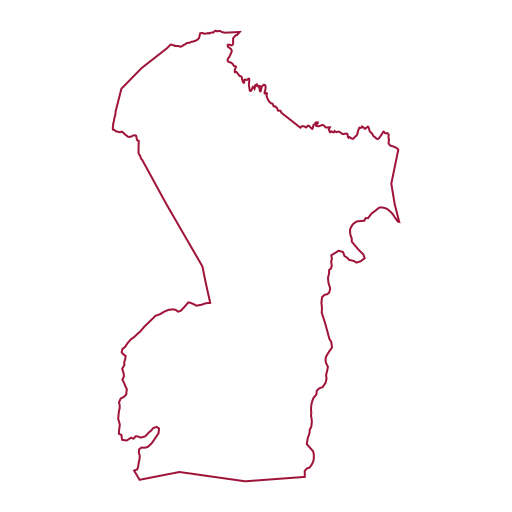 outline of San Miguel Quetzaltepec, Oaxaca, Mexico
{"feature_id": "50627088B89503535126650", "entity_name": "San Miguel Quetzaltepec", "entity_type": "district", "adm_level": 2, "iso_a3": "MEX", "parent_name": "Mexico", "parent_adm1": "Oaxaca", "projection": "equal_earth", "projection_center": [-95.769, 16.979], "detail": "fine", "context": "isolated", "style": "outline", "palette": "rose", "viewbox_px": 512, "rotation_deg": 0, "n_neighbors": 0, "source": "geoboundaries", "source_scale": "gbopen_adm2", "svg_char_len": 5967}
<svg xmlns="http://www.w3.org/2000/svg" viewBox="0 0 512 512"><path d="M142.2,159.9L166.4,204.2L202.4,266.4L205.6,282.2L210.2,302.9L207.2,303.1L204.8,303.5L201.7,304.7L196.3,305.7L194.2,304.4L190.5,302.8L188.3,302.4L184.2,307.2L180.7,310.8L178.1,311.7L175.9,310.0L173.1,309.3L168.4,309.9L164.2,311.7L160.0,314.2L155.5,315.8L144.3,326.7L140.4,331.3L137.9,333.5L134.1,337.1L130.9,339.3L127.5,343.2L125.1,346.9L122.5,348.9L121.6,352.2L123.1,354.2L125.6,355.9L125.2,359.4L124.2,362.1L124.4,364.8L122.2,368.8L123.7,373.5L123.9,376.5L122.4,379.6L124.2,383.2L125.2,385.8L126.8,389.2L126.2,394.5L124.0,396.8L120.7,398.5L119.0,402.3L119.6,404.7L119.7,408.0L118.9,411.3L118.2,418.8L119.8,424.4L119.0,431.3L118.9,433.8L121.4,434.9L122.1,439.8L126.7,440.5L131.1,437.7L133.5,438.7L135.8,436.2L138.6,436.7L140.7,437.6L145.1,436.4L147.3,434.2L149.0,432.3L151.1,430.6L153.2,428.1L156.7,426.9L159.0,428.5L158.6,433.1L152.9,441.6L151.1,443.9L148.1,446.7L145.4,447.7L141.3,447.6L139.1,449.4L138.8,452.7L139.8,455.9L139.5,459.2L138.7,462.7L138.1,466.9L137.1,469.5L134.1,470.6L139.6,479.8L179.3,472.0L245.2,481.3L304.8,476.9L304.7,471.0L306.8,468.5L309.5,467.6L311.5,465.0L313.1,461.9L313.8,458.7L313.8,454.3L313.2,451.4L306.8,444.1L307.5,439.3L308.2,436.8L309.6,432.7L309.7,429.8L311.3,426.8L311.8,422.0L311.6,418.6L311.0,415.8L311.3,413.2L311.0,408.5L311.4,404.5L312.3,401.0L313.6,397.7L316.3,394.7L316.8,390.7L319.1,388.4L322.6,387.1L325.4,383.1L326.5,379.1L326.1,374.6L327.0,371.6L327.9,366.8L326.0,362.9L325.5,359.9L325.9,356.9L327.8,353.6L330.1,350.1L332.0,347.6L331.3,342.1L329.4,338.9L325.3,323.8L321.7,312.6L321.9,309.7L321.9,306.6L321.4,303.0L322.0,297.2L324.6,294.8L327.3,294.2L329.3,292.4L330.2,288.3L329.1,285.0L328.4,282.3L328.0,277.8L329.1,273.4L329.1,270.0L330.9,268.6L331.8,265.8L331.1,261.7L331.9,258.9L331.3,255.3L338.7,250.7L343.1,252.1L344.4,255.9L347.5,258.0L349.1,259.9L353.9,261.0L356.4,262.6L360.6,261.3L364.7,258.2L363.3,254.3L360.8,252.0L358.2,249.3L351.8,241.7L351.7,238.4L350.3,234.6L350.0,229.6L351.2,227.0L352.7,224.4L355.1,222.5L357.0,221.4L364.3,220.7L365.6,218.1L368.0,218.2L370.1,215.4L371.8,213.3L375.5,210.6L379.2,207.6L381.4,207.4L384.0,207.8L387.1,208.9L390.6,211.8L393.0,214.5L395.0,217.6L397.8,221.5L399.2,221.9L394.7,204.2L391.3,183.7L398.3,149.7L397.3,148.6L395.6,147.4L394.9,147.1L394.3,147.1L393.3,146.4L390.7,145.7L389.9,145.3L388.7,143.6L388.6,142.5L389.0,139.5L388.5,137.6L388.5,136.1L388.7,134.5L387.5,133.1L386.1,133.4L385.4,133.3L384.9,133.0L384.2,132.0L383.6,131.6L382.8,132.4L382.2,133.7L379.0,138.2L378.2,138.8L377.6,139.1L376.4,138.6L374.8,137.0L374.0,136.6L373.3,135.9L372.7,134.7L371.7,133.2L369.8,131.5L368.5,127.1L367.9,126.6L367.0,127.3L366.0,127.9L365.3,128.8L364.8,128.8L362.9,126.9L362.0,126.5L361.6,127.6L360.5,127.9L359.7,127.6L359.2,127.9L358.7,129.3L358.3,130.2L357.8,131.9L357.6,133.2L356.7,135.5L355.8,136.1L353.9,137.9L353.2,138.8L352.3,138.8L350.4,137.8L349.4,137.0L349.0,137.2L348.5,137.7L347.9,136.9L347.5,134.2L347.0,133.6L344.7,133.8L342.9,134.1L342.2,133.8L340.6,132.6L338.9,131.7L337.9,131.6L336.6,132.2L335.1,131.5L334.5,131.0L333.8,132.3L333.0,132.2L332.3,132.0L331.4,131.3L331.0,131.6L330.5,132.2L330.1,132.3L328.8,129.7L329.9,127.3L328.2,127.3L327.5,127.6L326.0,127.3L325.6,127.4L324.0,125.6L322.6,124.9L318.5,126.3L316.3,126.0L316.1,125.7L316.1,125.1L316.6,124.3L317.8,123.3L317.8,122.4L316.2,122.3L315.6,122.5L315.1,123.7L314.6,124.3L313.6,124.9L313.4,125.2L312.8,127.9L312.3,128.9L311.8,128.7L310.6,127.4L310.0,127.0L309.3,126.0L308.4,125.6L307.9,125.7L307.3,126.1L306.5,127.3L306.0,127.5L305.5,127.4L304.6,126.5L302.3,126.1L301.4,126.6L300.4,127.7L281.3,112.7L280.9,111.4L280.3,110.7L279.7,110.6L278.7,110.8L278.3,110.7L277.6,110.0L277.5,108.9L276.9,108.0L275.8,107.0L275.5,106.4L274.5,106.6L273.5,106.1L273.4,105.4L272.4,103.6L271.2,103.3L270.0,102.5L268.5,100.5L267.8,99.3L266.7,96.3L266.5,95.6L267.0,93.6L266.7,93.1L266.0,93.1L264.9,93.6L264.6,93.4L264.5,92.9L264.7,91.7L265.2,90.4L265.5,88.8L265.6,86.5L265.1,85.2L263.9,84.7L261.9,86.4L261.5,87.8L261.3,88.8L260.5,91.3L260.1,91.3L259.8,90.5L259.4,88.2L259.3,87.5L259.9,86.2L259.7,85.9L258.9,86.0L258.3,85.8L257.8,86.3L257.3,86.3L257.0,85.8L256.8,84.4L255.2,85.3L254.9,86.0L255.0,87.1L254.5,88.8L253.5,87.1L252.9,86.8L251.4,90.3L250.7,91.0L250.0,90.9L249.7,90.4L249.6,89.5L248.9,85.2L248.9,84.1L249.1,82.7L249.3,80.5L249.2,78.8L248.7,78.6L248.1,78.9L246.9,79.9L246.3,80.1L244.8,79.5L244.3,79.9L244.0,80.3L243.9,81.1L244.3,82.1L244.1,82.7L243.7,82.8L243.2,82.3L242.9,81.8L242.5,80.3L242.0,79.1L241.8,77.2L241.3,76.5L240.7,76.2L239.8,76.1L239.0,75.3L238.1,74.0L236.4,71.9L235.0,72.2L234.7,71.3L234.8,70.4L235.5,68.0L236.0,66.8L235.5,66.3L233.9,65.9L232.8,64.1L231.7,63.1L230.5,62.4L229.3,62.2L228.1,61.5L227.6,60.4L227.7,59.3L228.4,58.0L229.1,57.3L230.4,54.6L231.7,51.7L231.7,50.6L231.4,49.7L230.8,48.9L229.8,48.2L229.1,47.5L228.2,47.0L227.7,46.0L227.6,45.4L227.8,44.8L228.8,44.6L229.4,44.6L231.5,45.4L232.6,44.8L233.1,43.6L233.1,38.5L233.4,37.9L235.6,35.4L237.2,35.0L238.0,33.6L238.6,33.3L239.7,32.0L225.0,32.7L222.7,32.3L219.9,31.0L218.7,31.0L217.3,31.4L215.7,30.7L214.7,31.1L213.2,32.6L212.0,32.5L209.7,33.0L209.4,33.5L208.0,33.0L206.6,33.6L204.1,33.7L202.6,32.9L201.9,33.1L200.3,33.2L199.9,34.2L199.1,38.0L197.4,39.7L196.4,40.2L195.4,41.0L194.5,40.9L193.5,41.5L191.4,41.8L189.7,42.7L186.9,43.0L185.9,43.9L183.5,45.1L181.7,46.4L180.0,46.7L179.0,46.1L174.9,46.0L174.4,45.4L173.1,45.3L171.4,44.6L170.5,44.7L166.9,48.3L141.7,68.0L121.4,88.7L116.1,109.5L116.0,110.0L115.6,111.4L115.4,114.1L115.1,115.7L114.4,117.9L113.9,121.1L113.2,123.6L113.0,126.9L112.8,127.5L112.8,129.1L113.2,129.8L113.9,129.7L115.8,131.2L116.9,131.6L118.3,131.8L119.4,132.2L120.6,132.1L121.7,131.6L123.2,132.6L124.5,134.0L128.2,136.9L130.0,136.9L131.2,136.6L133.0,135.6L134.2,135.3L135.2,135.3L136.0,135.7L136.4,136.9L136.9,139.6L137.3,140.3L138.7,140.8L138.5,153.0L138.9,153.9L140.6,156.9L140.7,157.8L141.0,158.6L142.2,159.9Z" fill="none" stroke="#9f1239" stroke-width="2"/></svg>